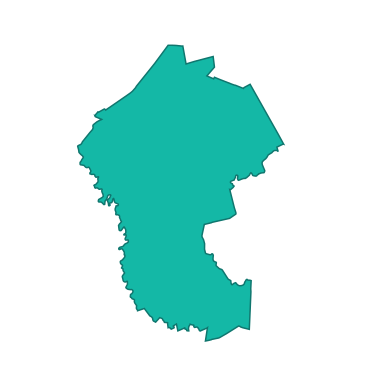 Sacalaz, Timis, Romania, rotated 75°
{"feature_id": "2599482B38355602258624", "entity_name": "Sacalaz", "entity_type": "district", "adm_level": 2, "iso_a3": "ROU", "parent_name": "Romania", "parent_adm1": "Timis", "projection": "mercator", "projection_center": [21.049, 45.772], "detail": "fine", "context": "isolated", "style": "filled", "palette": "teal", "viewbox_px": 384, "rotation_deg": 75, "n_neighbors": 0, "source": "geoboundaries", "source_scale": "gbopen_adm2", "svg_char_len": 6110}
<svg xmlns="http://www.w3.org/2000/svg" viewBox="0 0 384 384"><g transform="rotate(75 192 192)"><path d="M138.3,289.5L140.5,288.3L141.1,287.6L141.3,287.0L141.3,285.3L141.7,285.0L145.3,284.2L146.1,284.5L147.2,285.7L148.0,285.9L149.1,284.3L149.3,282.8L149.6,282.1L150.5,281.5L151.6,281.6L152.8,281.0L153.0,280.2L153.0,278.6L153.2,278.4L153.8,278.7L154.9,279.6L156.9,279.8L158.0,280.3L159.8,283.0L159.9,283.7L159.9,284.5L160.3,285.0L161.4,284.7L162.5,284.8L163.2,284.4L163.3,284.0L163.3,283.1L163.6,282.3L165.2,281.1L165.4,280.7L165.5,280.2L165.5,278.9L165.9,278.3L166.3,278.2L167.2,278.7L167.9,278.9L169.4,278.9L171.0,278.6L173.2,278.8L173.5,279.2L174.1,280.4L175.1,284.1L176.5,284.9L177.3,284.8L177.6,284.3L178.0,282.9L178.4,282.2L179.0,281.7L181.3,280.4L181.4,279.8L181.3,279.5L178.4,278.4L176.6,276.2L173.6,274.1L173.3,273.2L173.5,271.8L173.7,271.4L174.2,271.3L176.4,273.0L177.2,274.5L178.2,275.9L178.6,276.0L180.8,275.7L183.6,276.0L183.9,275.5L183.6,274.6L183.2,274.5L182.1,274.7L181.6,274.5L181.4,273.9L181.5,272.6L181.4,272.2L180.3,271.3L178.4,270.3L178.1,269.9L178.0,269.4L178.8,269.2L181.0,269.4L182.3,269.1L183.0,268.4L184.4,266.5L184.7,266.4L185.4,266.5L186.0,267.1L185.8,268.7L185.8,269.0L187.0,269.6L187.8,270.3L189.4,270.9L192.0,270.7L193.7,271.4L194.4,271.1L194.5,270.1L195.7,268.4L196.6,268.2L197.9,268.6L200.0,268.2L200.7,268.3L202.3,267.8L203.2,268.8L204.1,270.3L205.3,271.6L209.7,272.2L210.2,272.1L210.7,271.6L210.9,270.7L210.6,270.0L208.3,267.1L208.2,266.7L208.4,266.5L211.2,265.8L213.8,266.3L214.5,266.8L214.8,267.2L215.2,268.6L215.7,268.9L216.0,268.6L216.1,267.3L216.3,266.9L216.7,266.8L217.7,267.1L219.8,268.7L220.5,268.8L221.1,268.6L221.4,268.3L221.6,266.5L221.9,266.1L222.2,266.1L223.8,266.5L224.3,267.4L224.5,268.1L224.6,268.7L224.8,270.0L225.5,271.2L226.3,272.1L226.7,273.1L226.7,276.0L227.3,277.2L227.5,277.3L228.1,277.5L228.6,277.3L228.8,277.0L228.8,276.5L228.5,275.3L228.8,274.4L229.5,273.9L232.3,273.0L233.3,273.1L235.0,273.7L235.3,273.6L235.4,273.3L236.4,273.3L237.4,273.8L237.8,274.4L238.4,275.0L238.7,275.7L239.4,276.3L240.2,278.8L240.5,279.2L241.8,279.5L242.8,279.4L244.8,278.1L245.8,278.5L247.1,279.7L247.6,279.4L248.3,278.6L250.3,278.9L251.3,278.5L252.7,278.1L253.1,278.3L253.4,278.9L255.1,280.9L255.8,281.3L258.3,281.3L259.8,281.4L260.7,281.1L261.5,280.2L261.7,279.5L261.6,278.6L261.4,278.1L261.4,277.8L261.6,277.6L264.4,278.2L266.8,280.4L267.3,280.6L267.6,280.5L268.2,280.2L269.4,279.0L270.4,276.7L270.6,275.5L271.5,274.8L272.4,274.6L273.4,275.1L274.1,275.8L274.7,276.5L274.8,277.3L275.3,278.0L277.2,278.7L277.7,278.6L278.2,278.0L279.7,277.4L280.7,275.9L281.3,275.5L283.1,276.1L284.4,276.0L287.5,274.9L288.6,275.4L289.8,275.8L290.5,275.8L291.9,275.2L292.6,275.3L292.2,268.2L300.5,264.9L301.0,264.6L302.0,263.5L302.9,263.0L303.5,262.8L305.7,262.9L306.7,262.6L306.8,262.3L308.2,261.0L308.3,260.8L305.0,255.7L306.4,253.7L306.9,253.4L308.3,253.2L309.9,252.4L310.8,252.4L311.9,249.4L313.2,249.7L316.9,250.2L316.8,249.6L317.3,248.8L318.0,248.1L319.1,247.6L318.8,245.6L318.5,244.4L317.7,244.3L316.7,244.8L316.5,244.7L315.5,241.2L322.5,241.6L321.4,234.2L322.6,234.2L323.3,233.0L324.6,232.9L325.2,231.7L325.3,231.0L323.1,230.8L321.1,229.9L319.6,228.2L319.2,228.0L320.0,226.9L320.8,225.5L320.8,225.2L321.0,224.8L321.3,224.7L322.6,225.1L323.5,224.5L323.6,222.5L324.1,221.7L324.7,221.3L325.4,221.3L326.4,220.8L327.7,220.7L328.4,220.1L327.9,216.9L327.3,212.6L327.1,212.2L339.4,217.6L339.6,214.9L339.7,211.6L339.5,211.1L339.9,204.2L339.8,203.1L337.5,194.6L333.5,181.6L334.2,180.5L335.0,179.9L336.3,178.0L339.5,172.2L303.6,160.9L300.7,160.3L292.9,157.8L292.3,158.7L291.7,160.5L291.3,161.1L290.6,161.5L290.6,161.8L291.1,162.8L292.0,163.5L292.7,164.4L294.1,165.2L294.6,165.8L294.9,166.3L295.2,167.3L295.2,168.9L294.8,170.5L294.2,171.3L293.1,172.3L291.4,173.0L290.9,173.4L291.0,174.7L291.3,175.8L291.9,176.9L291.9,177.4L291.5,177.7L290.2,177.9L287.7,177.5L287.1,178.0L286.0,179.2L285.1,179.8L275.2,182.9L274.5,183.4L273.8,184.5L272.9,185.6L269.6,187.7L268.8,187.7L266.7,186.8L266.2,186.8L266.0,187.0L265.3,188.0L264.7,188.6L264.1,189.0L262.8,189.2L261.3,188.8L258.6,187.8L257.5,188.0L257.1,188.2L256.9,188.6L256.9,189.0L257.4,189.8L257.4,190.3L257.1,191.2L255.2,194.4L254.4,194.8L250.5,194.7L245.2,193.2L241.2,193.2L238.1,193.9L236.7,193.7L226.5,188.5L226.7,181.3L226.5,180.3L227.2,162.5L224.7,155.4L223.8,155.0L222.3,155.0L218.3,155.2L199.4,154.9L199.8,154.4L199.6,153.9L198.3,151.2L197.3,149.9L196.9,149.9L196.2,150.7L194.4,150.9L194.0,151.6L193.5,152.0L192.6,152.4L192.3,152.3L191.9,152.0L191.6,151.4L191.5,149.8L191.3,148.1L190.2,147.4L189.3,146.4L187.4,145.4L187.2,144.9L187.3,144.3L187.6,143.9L188.1,143.6L189.5,143.9L190.2,144.4L190.8,144.6L191.9,144.5L192.5,144.3L192.7,144.1L192.7,143.0L192.4,140.9L192.3,138.8L192.4,138.0L192.7,137.2L192.3,135.6L190.6,132.2L189.2,131.0L188.7,130.2L189.2,129.6L191.7,129.0L191.9,128.8L192.5,127.8L193.1,126.4L193.2,125.7L193.1,125.3L192.5,124.5L192.1,123.3L191.7,122.9L191.8,122.0L191.5,121.0L191.7,119.0L191.9,118.0L191.9,117.3L190.6,116.3L190.1,116.2L184.1,117.0L182.4,116.9L181.1,116.3L180.0,114.6L178.9,112.1L177.8,110.6L176.2,109.1L175.8,108.5L174.7,104.7L173.9,103.5L173.3,102.1L173.3,101.3L173.8,99.5L174.3,98.8L175.3,98.3L170.6,98.4L169.3,91.4L169.5,91.1L158.4,93.8L103.0,108.0L104.6,114.8L105.3,115.5L100.3,122.2L99.9,122.9L99.9,123.1L98.1,125.7L90.6,135.9L87.0,140.6L88.3,141.8L83.9,147.4L83.7,147.6L77.2,138.0L66.6,136.5L66.5,155.8L66.8,164.6L48.6,163.1L48.5,163.8L46.3,169.5L45.1,173.3L44.1,177.1L58.2,194.8L75.5,218.4L76.7,219.6L79.3,223.5L80.4,225.9L83.2,233.6L90.5,254.2L89.5,254.7L89.1,255.2L90.5,260.7L90.6,261.1L90.3,262.1L90.7,262.2L90.7,262.5L91.2,263.5L92.6,265.4L93.3,265.7L93.0,266.1L94.0,266.0L94.4,265.7L98.5,260.4L98.7,261.0L98.9,262.7L99.6,265.6L101.4,269.8L102.0,270.4L102.8,270.7L104.2,270.8L105.8,271.8L108.1,275.2L115.1,284.8L116.2,285.7L117.1,286.8L117.3,287.2L117.6,289.3L117.9,290.3L118.3,290.6L121.8,290.6L124.6,290.9L126.9,289.7L128.6,288.5L130.1,287.9L130.8,288.4L132.2,290.0L133.8,291.4L134.3,292.3L134.7,292.5L136.2,292.9L136.8,292.7L138.3,289.5Z" fill="#14b8a6" stroke="#0f766e" stroke-width="1.5"/></g></svg>